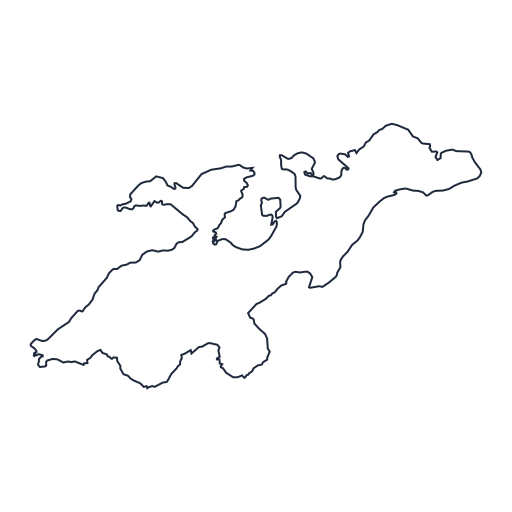 outline of Lembata, Nusa Tenggara Timur, Indonesia
{"feature_id": "22746128B62947944336237", "entity_name": "Lembata", "entity_type": "district", "adm_level": 2, "iso_a3": "IDN", "parent_name": "Indonesia", "parent_adm1": "Nusa Tenggara Timur", "projection": "orthographic", "projection_center": [123.525, -8.375], "detail": "fine", "context": "isolated", "style": "outline", "palette": "slate", "viewbox_px": 512, "rotation_deg": 0, "n_neighbors": 0, "source": "geoboundaries", "source_scale": "gbopen_adm2", "svg_char_len": 6072}
<svg xmlns="http://www.w3.org/2000/svg" viewBox="0 0 512 512"><path d="M431.9,151.7L429.4,147.9L430.2,146.0L429.8,144.2L422.9,143.5L421.4,142.9L417.8,138.4L412.9,136.4L408.2,129.7L397.1,125.1L391.8,123.8L385.7,125.8L382.3,128.9L379.1,130.1L377.3,132.2L373.6,134.3L369.3,140.4L365.9,142.5L363.7,146.5L359.2,149.5L356.5,153.1L355.0,150.1L350.1,151.3L348.0,152.9L349.0,156.4L347.9,156.9L345.0,154.3L340.6,153.6L338.9,153.9L337.3,156.2L338.4,159.4L348.5,168.3L348.3,169.2L347.0,169.8L344.9,168.0L343.9,167.8L342.5,168.6L341.4,171.2L341.2,175.4L339.5,177.5L335.4,179.2L332.4,179.6L330.6,178.7L327.2,178.4L324.7,176.3L323.6,176.2L321.3,178.4L319.9,178.5L313.1,176.3L309.9,176.3L305.1,174.6L304.3,172.2L305.6,171.4L307.7,173.4L310.7,173.0L311.9,174.9L312.5,175.1L313.4,174.6L313.5,172.7L311.7,168.8L314.9,162.8L314.7,161.2L313.2,158.2L306.1,153.5L301.7,152.4L297.6,153.3L293.9,155.4L291.6,158.0L288.8,158.9L287.4,158.6L281.7,155.2L279.9,155.2L279.8,157.0L281.1,159.8L281.1,165.0L281.8,168.8L282.9,169.4L286.8,169.4L288.7,170.1L291.8,171.8L294.7,174.2L295.5,176.6L295.6,187.1L296.2,189.8L300.2,195.7L300.1,197.8L297.9,202.2L296.3,203.9L285.0,211.7L281.7,216.3L277.0,218.2L276.0,216.6L275.9,211.8L280.0,208.1L280.6,206.7L280.2,199.6L278.5,197.8L270.8,198.6L268.3,199.8L264.1,197.6L261.6,198.5L261.2,200.3L262.0,202.6L261.0,205.0L261.0,206.8L262.1,214.8L263.3,215.8L266.8,215.9L269.1,214.9L271.5,214.6L272.5,216.0L272.6,217.8L271.2,224.7L272.6,224.5L274.3,221.8L275.9,220.8L276.8,222.0L276.8,224.9L276.3,226.8L271.2,235.9L268.5,239.6L260.0,246.2L253.9,248.6L248.2,249.8L242.4,249.4L235.8,247.1L232.5,244.9L230.8,242.7L225.6,239.2L222.2,239.1L218.4,240.6L217.5,241.2L216.2,244.2L214.6,244.6L213.1,243.3L213.5,242.1L212.7,241.5L213.1,240.9L216.4,240.3L215.8,239.1L213.3,239.1L212.9,237.9L213.4,237.1L214.4,237.0L216.0,237.5L216.6,236.8L214.9,235.9L214.6,235.1L216.3,233.6L215.7,232.3L213.4,231.6L213.0,230.9L214.2,229.6L217.4,228.4L218.3,227.3L219.3,225.0L221.0,223.2L222.2,219.9L225.0,217.2L224.6,214.0L225.5,213.0L230.8,211.3L233.6,209.7L235.5,206.5L236.4,201.2L238.5,200.3L240.4,198.3L242.2,197.4L242.7,194.7L241.1,191.2L241.3,190.5L243.7,189.0L244.2,187.0L247.0,186.8L247.9,185.3L246.6,182.9L244.3,180.9L243.9,178.9L246.5,177.4L252.8,175.8L254.4,174.6L254.6,173.2L253.2,170.9L250.4,170.5L252.5,167.9L246.8,168.5L243.2,167.5L239.7,165.1L238.4,164.9L231.9,166.5L226.4,166.5L220.9,168.3L211.3,169.7L201.5,174.1L192.1,185.9L188.8,188.0L183.1,187.8L176.2,183.1L174.6,183.1L174.4,184.1L175.5,187.7L175.3,188.6L174.1,189.0L170.2,186.5L167.5,185.5L166.0,182.1L163.0,178.1L156.2,176.4L150.2,181.2L145.9,181.6L141.4,183.1L138.6,185.2L130.2,194.4L130.0,197.1L131.4,199.1L130.7,201.3L125.9,203.7L122.7,204.3L120.2,205.5L118.4,205.0L117.3,205.6L117.5,209.1L118.3,210.8L120.5,211.0L123.0,207.8L123.9,207.5L125.6,207.5L130.0,209.2L132.2,209.3L133.7,208.0L134.2,206.3L135.9,205.4L139.8,205.9L144.0,205.5L145.9,205.9L146.8,205.5L148.6,202.8L149.5,202.7L150.0,205.8L150.8,206.4L154.5,201.1L156.9,202.6L158.6,202.6L160.7,200.8L161.4,200.9L162.0,201.4L162.1,204.1L163.3,204.8L167.8,204.1L170.8,204.4L182.9,214.5L186.8,217.0L190.2,221.0L192.9,223.0L194.9,226.6L197.6,229.1L197.4,230.3L194.5,232.7L191.8,236.1L189.1,237.9L182.3,242.0L178.9,242.2L176.6,243.6L174.4,247.9L171.8,249.8L167.9,250.7L163.2,250.4L158.2,251.6L152.2,250.2L146.7,251.6L142.3,254.8L139.7,260.1L135.9,262.5L130.2,262.7L126.7,264.6L121.5,265.7L117.1,269.0L113.4,269.0L111.7,270.4L109.0,273.2L106.8,277.8L98.6,287.2L97.2,290.6L94.7,293.4L92.5,299.6L89.1,304.2L85.1,307.5L82.8,311.0L82.0,311.5L79.9,310.7L78.1,310.7L77.4,311.3L71.2,318.2L68.9,322.0L58.0,329.2L47.4,339.7L45.4,340.7L42.2,341.0L36.3,338.9L33.4,341.1L30.7,344.2L30.8,345.8L34.6,348.5L36.3,350.7L36.6,351.9L34.2,353.1L33.8,355.7L34.4,356.1L35.9,354.6L36.5,355.2L38.6,354.2L42.6,355.2L42.7,356.3L41.9,356.2L39.0,358.9L38.8,361.8L38.0,364.3L38.4,365.2L39.9,367.0L45.2,366.4L46.2,365.6L46.1,362.0L47.3,360.5L52.8,358.9L57.5,359.4L63.3,362.5L68.0,361.5L71.6,362.1L74.7,361.4L83.6,364.9L84.1,363.3L87.4,363.1L87.1,359.9L90.4,357.8L92.2,355.3L97.3,351.2L100.5,349.9L102.5,353.0L106.7,354.3L107.7,356.4L109.3,356.7L111.3,358.7L112.0,358.8L113.6,357.4L116.9,357.7L117.3,361.1L120.4,365.9L120.3,368.6L123.1,373.6L124.1,374.5L127.8,375.6L130.5,378.5L133.7,380.5L140.4,383.4L143.8,386.9L146.6,386.2L147.3,388.2L148.6,387.2L152.3,386.1L154.7,386.8L163.0,382.5L166.2,382.1L167.1,381.6L171.3,374.0L176.8,368.1L177.8,366.3L180.1,364.3L180.2,361.3L181.8,358.2L181.3,355.0L185.1,353.5L190.7,350.1L191.5,353.5L199.0,347.0L202.1,346.6L208.1,343.2L209.9,343.1L217.4,344.8L219.5,347.5L218.4,350.5L219.7,356.7L217.1,358.3L216.9,359.4L219.4,359.4L219.8,363.5L222.2,364.2L220.7,366.5L220.9,367.3L223.0,368.3L226.1,372.7L233.2,377.3L237.8,377.2L242.0,375.4L244.3,377.8L245.2,377.4L246.7,375.0L248.3,374.7L249.3,373.1L252.1,371.3L253.6,368.3L257.8,365.4L261.9,364.5L263.0,362.2L267.1,359.7L267.3,357.5L269.7,351.6L267.8,348.6L267.1,338.5L265.7,335.3L264.8,333.7L259.5,329.1L254.4,323.6L253.7,319.6L252.7,318.5L250.2,317.7L248.1,313.1L256.5,304.0L259.6,302.7L265.8,298.9L268.8,295.8L270.8,295.3L272.3,293.5L274.9,292.2L277.4,288.9L281.3,285.5L286.1,283.8L286.4,282.6L286.0,281.8L288.6,277.1L292.8,272.7L295.1,271.8L300.4,272.5L304.0,271.8L307.5,271.7L310.2,273.6L312.3,277.1L309.0,287.3L310.1,287.8L319.3,286.2L322.4,286.9L328.6,282.8L335.7,276.9L336.8,275.2L337.3,272.6L340.4,267.1L340.1,261.8L340.9,259.5L343.1,256.3L347.5,251.8L352.2,244.8L357.4,240.6L359.7,237.6L362.7,231.9L363.5,224.1L365.1,220.2L368.5,215.8L373.4,207.4L380.1,201.1L384.2,198.0L386.9,196.8L394.5,194.9L396.4,193.5L396.0,192.4L394.8,192.7L394.0,192.2L395.2,190.7L400.0,189.3L405.8,188.5L413.2,190.6L418.3,190.9L422.9,192.3L426.4,195.6L428.2,195.1L432.3,192.1L435.3,190.9L443.3,190.5L449.2,188.9L454.2,185.8L461.3,182.7L467.6,181.5L477.1,178.5L479.6,176.2L481.3,172.7L480.5,169.6L474.9,162.2L472.3,157.6L471.5,154.6L470.2,152.4L468.8,151.6L456.3,151.1L452.2,149.6L445.7,150.8L441.4,152.9L440.8,153.8L440.6,158.1L437.4,160.0L435.5,156.9L437.3,152.4L436.5,151.5L431.9,151.7Z" fill="none" stroke="#1e293b" stroke-width="2"/></svg>